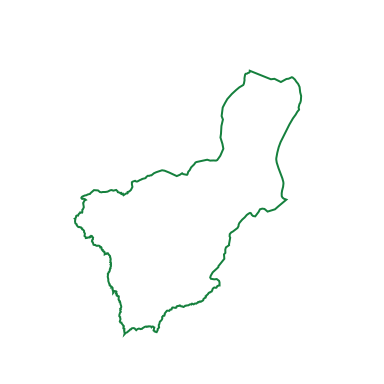 Xamtay, Houaphan, Laos, rotated 130°
{"feature_id": "54806243B53408209397741", "entity_name": "Xamtay", "entity_type": "district", "adm_level": 2, "iso_a3": "LAO", "parent_name": "Laos", "parent_adm1": "Houaphan", "projection": "mercator", "projection_center": [104.808, 19.985], "detail": "fine", "context": "isolated", "style": "outline", "palette": "green", "viewbox_px": 384, "rotation_deg": 130, "n_neighbors": 0, "source": "geoboundaries", "source_scale": "gbopen_adm2", "svg_char_len": 6127}
<svg xmlns="http://www.w3.org/2000/svg" viewBox="0 0 384 384"><g transform="rotate(130 192 192)"><path d="M54.9,204.0L62.0,225.7L63.2,224.9L63.9,225.0L65.0,225.7L65.9,225.9L67.0,226.9L68.1,226.7L71.2,224.9L72.6,223.6L75.6,221.9L77.1,221.5L81.3,223.0L85.8,223.8L91.3,224.5L98.0,224.7L102.6,223.9L107.5,222.8L114.8,218.1L116.6,214.9L122.5,211.9L128.8,207.2L132.0,205.2L135.6,199.6L138.7,195.8L146.1,193.6L151.3,193.2L152.5,193.8L154.1,195.9L156.3,198.3L157.5,201.1L166.1,207.8L167.2,208.3L169.4,208.1L173.7,208.5L176.8,207.8L178.8,207.9L181.5,206.8L182.1,206.9L184.0,210.3L184.0,211.6L186.7,212.4L189.6,213.9L191.7,221.8L193.3,226.7L194.6,228.9L199.8,232.1L202.1,233.2L205.3,233.8L205.9,234.5L207.2,235.2L207.9,236.2L209.7,236.7L210.6,236.5L211.5,236.7L214.1,238.6L214.5,238.6L216.4,239.6L218.8,240.5L219.4,240.9L219.9,241.7L220.0,242.8L222.4,244.2L223.2,244.3L224.9,242.8L226.4,240.9L229.7,240.1L231.9,240.4L233.4,241.3L234.1,240.6L234.6,240.6L234.9,241.1L235.7,241.6L238.5,242.4L238.3,243.0L237.8,243.7L238.6,244.1L238.8,244.5L238.1,245.6L238.5,246.0L239.0,246.0L239.0,247.0L239.8,248.7L239.3,249.4L239.2,251.4L241.6,253.2L242.1,254.7L243.2,255.7L246.0,256.9L247.8,258.5L249.4,260.4L250.4,261.1L251.2,262.5L251.2,265.0L253.6,268.3L258.0,269.0L259.0,268.9L261.1,270.4L262.3,270.8L263.6,271.9L265.8,273.0L266.7,273.2L267.6,273.0L267.8,272.7L267.9,271.7L266.9,270.8L266.3,269.3L266.3,268.3L267.1,268.7L268.2,268.8L269.6,268.4L269.9,268.2L270.4,268.3L273.2,265.1L275.2,264.5L276.0,264.6L278.1,263.0L278.4,262.9L279.5,264.5L280.0,264.2L281.0,264.6L282.2,264.5L283.3,264.1L283.9,265.0L284.8,265.3L286.0,264.6L287.2,264.4L287.8,264.6L287.8,263.9L289.5,262.9L290.9,261.3L291.0,261.0L290.9,259.5L291.6,258.9L291.9,256.8L291.7,256.2L291.2,255.8L290.9,254.8L290.5,254.5L290.8,253.2L290.5,252.7L291.2,252.1L290.9,250.9L291.0,250.4L291.2,249.6L292.1,248.9L292.7,247.3L294.8,246.1L294.9,244.2L295.5,243.7L294.7,242.9L293.9,242.6L292.7,241.3L292.1,241.6L291.4,241.4L291.4,240.8L290.4,241.0L290.1,240.2L290.4,239.5L290.5,238.5L291.1,238.3L291.7,237.6L292.9,237.6L293.5,237.3L293.6,237.0L294.0,237.0L294.5,235.8L294.4,235.5L295.7,233.5L295.2,232.5L294.7,232.0L294.7,230.9L294.3,230.1L293.5,229.6L292.7,228.2L293.4,226.7L292.7,226.4L292.6,226.1L293.0,225.3L293.9,224.4L294.1,224.1L293.8,223.1L294.3,222.9L294.4,222.6L294.5,221.4L294.1,221.1L294.1,220.7L294.8,219.7L295.9,218.8L294.6,218.3L294.3,217.7L293.7,217.8L293.0,217.1L293.4,215.9L293.4,215.4L293.6,215.1L293.7,213.8L294.1,213.2L294.8,212.7L295.0,211.9L296.2,210.7L296.7,210.7L297.6,209.7L298.4,209.4L298.2,208.9L298.4,208.5L299.6,207.5L300.1,207.6L300.2,207.1L300.7,206.5L302.2,206.0L302.6,205.5L302.9,205.6L303.3,205.3L303.7,205.4L304.1,205.1L304.7,204.9L305.1,204.4L306.2,204.1L306.8,204.3L307.1,204.0L308.6,204.0L309.0,203.4L309.3,203.4L310.3,202.5L311.1,202.1L312.5,200.2L314.0,198.9L315.7,196.1L315.6,195.6L316.5,195.0L316.2,192.7L316.3,192.4L316.9,192.3L316.4,191.8L316.6,191.0L317.6,190.5L317.9,189.7L318.5,189.3L318.9,188.4L320.0,187.5L319.1,187.5L318.3,188.1L317.9,188.0L316.9,186.4L316.9,185.8L318.5,185.1L318.2,184.6L318.5,183.8L319.1,183.9L319.7,183.2L319.6,182.1L319.1,181.6L319.0,181.0L321.6,179.1L321.7,178.4L322.1,178.1L322.0,177.0L322.4,176.5L322.8,176.5L322.8,175.9L323.9,174.6L324.8,173.1L325.4,172.4L326.3,171.9L327.7,171.9L327.8,171.1L328.1,171.1L329.1,170.7L329.6,169.5L330.9,169.5L332.9,168.6L333.9,167.8L334.0,166.6L334.5,166.3L335.3,165.1L337.6,164.1L338.0,162.9L337.4,162.1L337.9,161.4L338.4,159.0L338.7,158.6L338.5,158.2L338.8,157.8L339.7,157.5L340.5,157.0L340.6,156.7L340.2,156.1L340.3,155.7L341.7,155.0L341.8,154.6L342.6,154.1L343.4,152.8L344.4,152.3L342.4,152.2L341.0,151.4L339.4,151.3L338.3,150.9L337.4,151.1L336.3,150.4L335.9,150.6L335.0,150.4L333.9,149.4L333.4,148.4L333.7,145.9L332.2,145.7L330.9,145.0L330.4,144.3L330.2,143.4L329.6,143.0L329.1,142.4L328.3,142.4L325.7,141.5L324.5,140.7L324.5,140.1L323.8,139.5L323.1,139.3L322.9,139.0L322.9,138.7L322.1,138.1L321.6,137.3L321.5,136.3L321.6,136.1L320.7,136.0L320.2,135.5L320.2,134.4L320.0,133.8L322.8,132.4L322.7,131.5L322.9,131.0L322.5,130.6L322.4,129.5L322.1,129.0L319.9,129.5L319.1,130.2L317.6,130.1L316.7,130.3L316.4,130.9L315.2,132.0L314.6,132.0L311.9,133.3L310.6,133.0L309.0,133.1L307.9,133.5L307.0,134.5L306.1,134.4L305.6,134.6L304.9,134.3L304.5,133.7L303.2,134.2L302.6,134.8L299.1,134.9L298.6,134.5L297.6,133.0L296.1,133.1L295.2,132.2L293.3,132.8L292.8,132.5L291.4,130.2L290.9,129.8L290.5,129.7L289.8,130.2L288.9,130.0L287.5,128.6L287.0,128.7L286.7,128.4L286.5,127.9L286.6,126.8L285.8,125.8L285.7,124.8L285.4,124.5L283.5,124.1L283.2,123.6L282.7,123.5L281.1,121.9L279.5,121.4L278.7,120.7L278.6,120.2L277.5,120.2L277.1,118.6L276.7,118.4L275.9,118.3L275.2,117.7L274.8,117.0L273.2,116.6L272.4,116.1L272.1,116.4L271.6,115.9L270.9,115.7L270.5,115.3L270.6,114.9L270.2,114.6L267.8,113.8L266.7,114.4L265.2,114.2L264.2,113.7L263.8,113.8L263.2,114.5L262.7,114.2L262.2,114.5L260.1,114.1L259.6,114.3L258.7,114.3L258.3,114.3L257.6,113.7L257.1,113.8L255.7,113.0L255.2,113.2L254.7,113.1L253.3,113.8L252.2,113.9L250.9,113.6L250.5,113.1L250.4,112.6L249.6,111.8L247.7,112.1L247.4,111.8L246.6,111.6L245.9,110.8L243.6,112.8L242.7,114.1L242.8,117.1L244.6,118.8L246.3,121.7L245.8,123.1L244.1,123.8L240.2,124.5L232.7,123.5L231.8,124.1L222.4,124.3L219.2,127.4L217.2,127.3L214.7,129.5L212.6,130.4L208.9,129.4L208.2,130.1L202.4,133.4L201.8,134.7L200.0,136.0L197.8,136.0L196.1,135.3L190.3,134.0L188.3,134.4L187.0,135.3L185.2,135.8L180.9,135.8L177.6,135.3L174.4,135.3L172.1,134.7L170.7,134.1L170.4,133.2L171.1,131.5L171.1,129.7L170.0,127.9L164.3,128.2L161.6,128.8L159.6,127.5L158.4,125.6L158.4,121.5L151.9,117.3L147.3,116.6L137.2,114.8L138.1,117.4L138.1,119.1L137.5,120.6L135.3,122.5L133.0,123.9L129.4,125.6L126.7,127.4L125.6,128.5L123.5,131.5L118.1,141.1L115.0,146.0L113.0,148.3L112.0,149.1L107.1,151.9L101.9,154.4L96.9,156.2L77.6,160.8L70.7,162.0L66.2,162.3L62.7,162.9L60.1,162.9L58.8,164.6L55.6,166.2L54.1,166.4L52.1,167.3L48.3,170.1L46.1,173.2L42.4,177.1L41.0,180.1L40.4,183.2L39.7,185.5L39.6,188.4L39.9,189.3L43.1,190.8L44.7,192.3L50.6,194.6L52.3,201.6L54.9,204.0Z" fill="none" stroke="#15803d" stroke-width="2"/></g></svg>